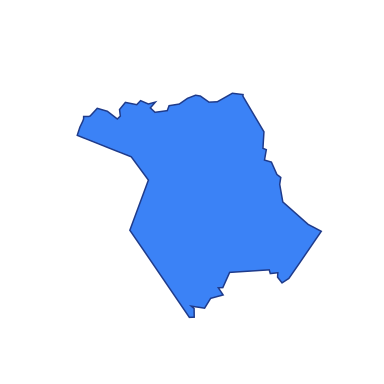 the district of Hardin, Kentucky, United States of America, rotated 300°
{"feature_id": "52423323B56050966337073", "entity_name": "Hardin", "entity_type": "district", "adm_level": 2, "iso_a3": "USA", "parent_name": "United States of America", "parent_adm1": "Kentucky", "projection": "albers", "projection_center": [-85.938, 37.724], "detail": "fine", "context": "isolated", "style": "filled", "palette": "blue", "viewbox_px": 384, "rotation_deg": 300, "n_neighbors": 0, "source": "geoboundaries", "source_scale": "gbopen_adm2", "svg_char_len": 978}
<svg xmlns="http://www.w3.org/2000/svg" viewBox="0 0 384 384"><g transform="rotate(300 192 192)"><path d="M127.8,157.3L116.2,181.6L82.1,252.4L84.7,256.5L92.1,252.1L92.8,248.5L97.7,261.0L109.2,261.3L118.4,270.4L122.2,262.7L124.6,266.5L141.2,264.8L163.2,297.8L160.5,300.6L165.0,306.7L161.0,308.7L158.3,315.4L165.6,319.1L182.3,320.5L222.6,323.6L222.0,308.8L228.8,275.6L242.5,264.1L249.0,261.6L249.6,256.8L257.6,245.8L255.9,238.8L265.8,235.2L265.3,231.6L280.1,224.2L297.0,194.2L300.4,188.2L301.9,187.5L297.7,177.6L282.8,168.8L278.3,161.8L279.3,151.3L277.6,146.7L270.9,141.3L261.8,137.0L255.3,129.0L250.1,129.9L242.5,120.1L244.0,113.9L251.5,115.3L246.4,110.2L245.4,101.8L240.0,100.5L236.3,89.5L227.2,88.0L221.9,92.0L217.9,90.8L219.6,78.3L217.1,68.1L206.9,65.8L205.8,64.8L203.2,60.4L202.3,60.9L201.0,61.6L198.5,62.0L192.1,62.5L184.5,64.1L183.7,64.3L184.5,70.0L189.7,105.8L192.1,121.8L188.6,129.8L180.5,148.3L127.8,157.3Z" fill="#3b82f6" stroke="#1e3a8a" stroke-width="1.5"/></g></svg>